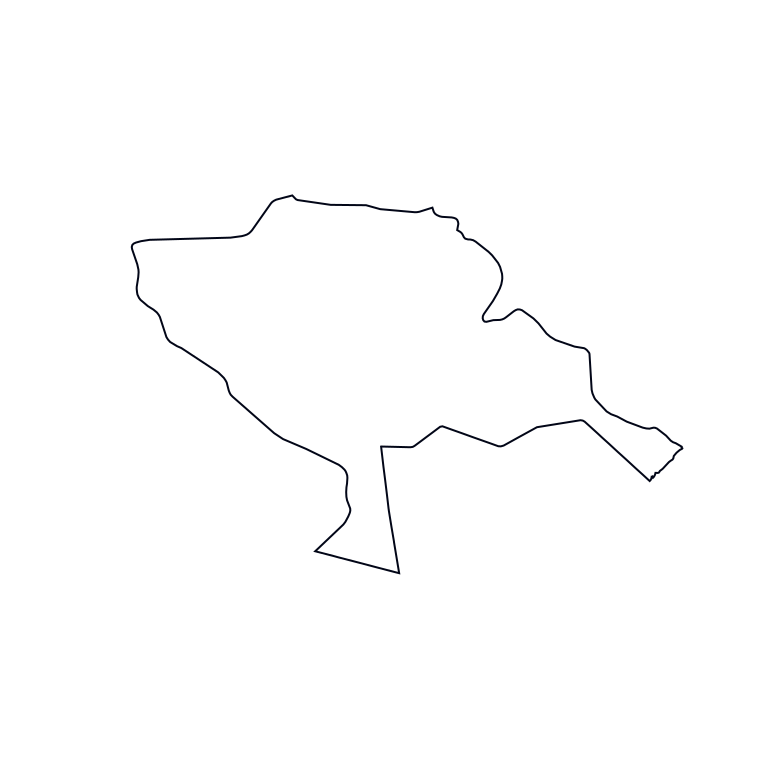 an SVG outline of Al Jawf, rotated 212°
{"feature_id": "SAU-862", "entity_name": "Al Jawf", "entity_type": "Region", "adm_level": 1, "iso_a3": "SAU", "parent_name": "Saudi Arabia", "parent_adm1": "", "projection": "natural_earth1", "projection_center": [37.819, 29.945], "detail": "fine", "context": "isolated", "style": "outline", "palette": "ink", "viewbox_px": 768, "rotation_deg": 212, "n_neighbors": 0, "source": "natural_earth", "source_scale": "10m", "svg_char_len": 3146}
<svg xmlns="http://www.w3.org/2000/svg" viewBox="0 0 768 768"><g transform="rotate(212 384 384)"><path d="M193.9,458.4L196.1,458.3L198.2,457.4L207.0,449.7L215.6,442.2L225.1,433.9L231.4,428.4L236.6,419.1L241.7,410.0L245.4,403.3L249.9,395.2L251.9,393.0L254.1,391.8L261.1,390.3L268.3,388.7L280.0,386.1L291.6,383.6L302.4,381.2L312.0,379.1L313.7,377.5L317.3,368.2L320.0,361.3L322.9,353.8L325.3,347.7L326.3,345.9L328.2,344.3L337.0,339.1L346.8,333.3L352.7,329.8L353.2,329.5L353.3,329.4L349.3,324.4L340.5,313.4L331.6,302.5L322.7,291.5L313.9,280.5L313.6,280.2L313.4,279.9L313.1,279.6L312.9,279.3L302.4,267.3L292.0,255.6L291.9,255.4L281.4,243.5L270.9,231.6L274.0,230.6L290.9,225.3L310.9,219.1L330.9,212.8L335.6,211.4L350.8,206.6L353.7,205.7L344.0,243.3L343.7,246.6L344.1,252.7L344.5,255.3L344.6,255.9L344.9,257.2L345.5,258.8L346.7,260.5L353.7,265.8L356.1,268.4L358.8,272.3L361.1,276.5L362.6,280.0L365.3,285.0L366.7,286.9L368.5,288.4L370.2,289.6L372.0,290.4L375.7,291.2L379.5,291.5L415.5,287.7L440.4,283.8L451.1,284.1L505.7,293.0L508.4,293.7L510.3,294.8L512.3,296.3L518.2,301.9L520.3,303.1L523.0,304.3L530.7,306.0L574.9,307.1L579.7,306.4L587.6,306.3L590.7,307.2L593.4,308.5L609.6,322.1L611.8,323.3L614.5,324.3L618.9,324.9L625.5,324.9L635.0,326.3L637.4,327.2L640.5,329.2L642.1,331.0L644.2,333.7L645.2,335.4L649.0,344.3L651.3,348.7L652.8,350.8L656.7,354.8L669.0,364.8L670.5,366.5L671.1,368.5L670.7,370.4L669.3,372.5L665.7,376.4L659.1,382.1L591.7,426.8L583.0,434.0L581.1,436.0L579.5,438.0L578.4,440.1L577.8,442.2L577.4,444.3L575.6,477.1L575.5,477.8L575.2,479.2L574.4,481.1L573.1,483.2L561.7,495.3L556.6,494.0L554.8,494.2L524.1,507.7L494.0,526.1L479.8,530.3L449.1,545.9L447.1,547.2L445.3,548.8L436.4,559.2L433.2,556.5L432.1,555.9L430.6,555.4L428.6,555.3L425.7,555.7L423.4,556.5L414.9,561.1L412.8,561.9L410.8,562.3L408.9,562.0L407.1,560.7L405.8,559.2L403.5,553.3L399.9,553.4L398.4,553.2L396.7,552.5L394.0,550.8L392.1,550.3L389.4,551.1L387.3,552.3L384.6,553.2L381.7,553.3L365.4,551.5L360.4,550.4L351.4,547.1L347.6,544.8L342.3,540.0L340.8,538.0L339.5,536.0L338.6,534.0L337.3,530.6L336.4,526.4L335.9,520.7L335.6,512.1L336.4,496.2L336.1,493.9L335.1,492.0L333.6,490.7L331.9,490.2L330.1,491.0L325.1,496.1L319.6,499.8L318.0,501.4L316.7,503.3L315.8,505.4L312.5,514.4L311.5,516.4L310.2,518.1L308.2,519.2L306.0,519.7L292.0,518.8L285.2,517.3L272.9,512.9L268.2,512.2L261.8,512.2L242.2,516.7L233.3,520.4L232.0,520.5L230.0,520.3L226.7,519.2L226.1,518.8L225.6,518.3L204.8,489.1L202.2,486.5L198.5,483.9L196.6,482.9L180.7,478.7L175.4,478.7L169.0,480.0L158.2,480.7L141.5,484.1L138.0,485.3L135.2,486.8L132.4,489.7L131.0,490.5L129.0,490.9L117.4,489.7L110.8,487.9L108.0,487.8L105.2,488.4L98.4,488.6L98.3,488.1L96.9,487.6L96.9,487.0L98.2,484.8L99.5,480.7L100.1,476.6L99.2,474.1L99.3,472.7L100.2,470.9L101.0,468.8L102.7,459.9L103.1,458.7L104.0,456.4L103.9,455.8L104.0,454.4L104.8,453.6L106.7,452.5L106.1,450.8L105.9,448.6L106.2,447.2L107.2,447.8L107.3,447.4L107.3,447.2L107.8,447.1L107.2,445.6L107.0,444.0L107.3,442.5L116.3,444.2L125.9,445.9L138.6,448.3L149.8,450.3L161.9,452.6L171.5,454.3L176.1,455.2L185.4,456.9L193.9,458.4Z" fill="none" stroke="#020617" stroke-width="2"/></g></svg>